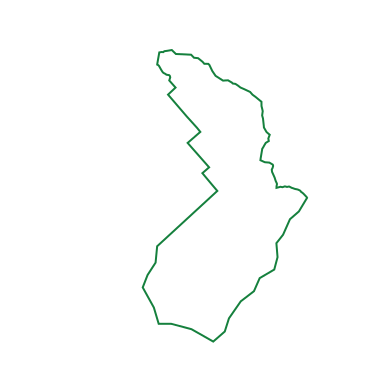 outline of Suame Municipal, Ashanti, Ghana, rotated 49°
{"feature_id": "2480657B48966175900279", "entity_name": "Suame Municipal", "entity_type": "district", "adm_level": 2, "iso_a3": "GHA", "parent_name": "Ghana", "parent_adm1": "Ashanti", "projection": "natural_earth1", "projection_center": [-1.672, 6.735], "detail": "fine", "context": "isolated", "style": "outline", "palette": "green", "viewbox_px": 384, "rotation_deg": 49, "n_neighbors": 0, "source": "geoboundaries", "source_scale": "gbopen_adm2", "svg_char_len": 2044}
<svg xmlns="http://www.w3.org/2000/svg" viewBox="0 0 384 384"><g transform="rotate(49 192 192)"><path d="M169.5,80.4L161.7,81.7L160.0,82.1L158.2,82.5L154.6,82.5L148.7,85.1L144.9,86.9L141.8,87.5L138.9,88.3L136.8,90.1L135.6,90.1L132.7,91.1L131.4,91.5L129.8,93.5L128.3,95.5L119.8,98.0L114.0,97.3L107.4,95.5L106.7,95.6L106.0,95.6L103.3,98.6L100.7,98.6L97.8,99.1L95.0,99.6L92.0,102.4L87.8,102.6L82.6,108.0L77.3,113.6L71.6,114.1L69.3,117.9L67.6,120.5L67.6,121.2L67.6,121.9L66.4,123.1L65.2,125.1L70.2,131.3L72.9,134.6L73.2,134.7L73.5,134.5L73.8,134.3L74.4,134.2L75.3,134.2L77.2,134.6L79.1,135.0L80.3,135.2L81.5,135.4L82.7,135.5L83.6,135.3L84.2,135.1L84.9,134.8L85.8,134.5L86.6,134.4L87.0,134.1L87.6,133.6L88.2,133.1L88.8,132.6L89.6,132.5L90.4,132.8L91.2,133.2L92.9,136.0L102.4,135.9L102.8,146.2L131.4,146.4L146.9,146.1L152.1,146.3L152.1,163.1L184.6,162.9L184.6,171.8L199.8,172.1L207.8,172.2L210.1,253.9L221.4,265.8L225.5,280.0L231.7,291.8L254.2,296.6L269.6,303.6L277.8,294.2L295.2,282.4L318.8,274.1L318.8,258.8L311.6,247.0L306.5,226.9L307.5,210.3L301.4,197.4L304.5,180.8L297.3,170.2L286.0,161.9L284.0,151.3L276.8,135.9L276.8,124.1L271.9,109.0L271.0,108.8L268.5,108.9L266.1,109.0L264.5,109.3L263.3,109.6L263.1,109.6L262.7,109.5L262.1,109.5L261.6,109.6L259.8,110.4L258.9,111.0L257.5,112.1L256.7,112.6L255.4,113.3L254.8,113.7L254.3,114.0L252.3,114.8L251.8,115.0L251.5,115.2L250.5,117.0L250.0,117.3L248.7,118.2L247.7,120.6L246.1,121.8L245.6,122.9L244.3,125.5L243.2,124.5L242.4,123.5L241.7,122.6L240.7,122.2L238.6,121.6L236.7,120.8L235.6,120.3L234.4,119.9L233.4,119.6L231.1,118.9L229.4,118.4L228.3,117.7L227.4,117.1L226.7,115.4L225.6,113.7L224.9,113.3L224.3,113.1L220.6,114.3L217.3,117.5L214.0,119.0L212.9,119.5L211.8,118.3L209.9,116.0L206.2,111.5L205.5,110.7L205.2,109.7L204.9,108.7L204.3,107.1L203.3,104.1L203.4,103.7L203.9,100.6L201.7,99.3L199.8,95.8L195.9,96.4L195.0,96.3L190.5,95.4L189.3,94.5L183.1,90.2L181.6,89.5L180.2,88.8L177.4,85.6L174.8,84.2L173.8,83.7L172.8,83.2L171.6,82.2L169.5,80.4Z" fill="none" stroke="#15803d" stroke-width="2"/></g></svg>